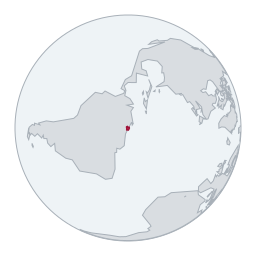 the Earth from above Barima-Waini, rotated 80°
{"feature_id": "GUY-675", "entity_name": "Barima-Waini", "entity_type": "Region", "adm_level": 1, "iso_a3": "GUY", "parent_name": "Guyana", "parent_adm1": "", "projection": "orthographic", "projection_center": [-59.909, 7.754], "detail": "medium", "context": "on_globe", "style": "filled", "palette": "rose", "viewbox_px": 256, "rotation_deg": 80, "n_neighbors": 0, "source": "natural_earth", "source_scale": "10m", "svg_char_len": 8367}
<svg xmlns="http://www.w3.org/2000/svg" viewBox="0 0 256 256"><g transform="rotate(80 128 128)"><circle cx="128" cy="128" r="113" fill="#eef3f6" stroke="#a8b0b8"/><path d="M66.3,33.8L68.2,32.7L70.3,31.4L70.7,31.0L73.0,29.7L73.6,29.3L77.5,27.3L79.1,26.6L80.9,25.8L81.1,25.6L83.1,24.7L83.9,24.4L83.4,24.7L88.2,22.6L92.2,21.7L88.6,25.1L93.1,24.7L95.3,28.8L97.4,27.7L99.6,29.1L102.8,28.5L102.3,29.8L105.3,28.2L105.1,27.2L106.4,26.3L108.3,25.9L108.0,27.4L107.0,27.8L107.9,28.0L106.9,29.0L108.5,28.3L107.9,30.3L111.3,27.9L113.1,29.2L112.0,30.7L108.5,31.0L97.1,36.6L94.9,38.8L95.2,41.3L103.5,44.4L102.5,47.0L103.9,50.0L106.1,48.1L105.8,45.2L110.2,42.9L109.4,40.0L111.1,38.8L111.7,35.9L115.5,35.9L118.8,37.6L118.5,40.1L120.0,41.1L123.5,38.5L125.9,43.5L132.9,47.6L133.1,49.2L127.8,51.9L119.9,51.9L113.0,56.8L121.4,53.4L121.8,57.9L123.5,58.7L125.8,58.4L127.2,56.7L128.1,58.4L120.2,62.1L119.2,60.6L121.8,59.3L118.0,59.5L112.7,62.7L113.3,65.0L104.6,68.3L104.9,70.2L103.2,72.1L103.3,68.8L103.0,75.0L92.9,81.9L92.4,93.4L88.6,84.4L84.7,83.3L79.8,83.3L79.6,85.2L73.4,83.6L67.2,87.4L64.0,96.5L65.3,103.6L72.3,104.2L74.8,100.2L80.2,99.6L75.4,110.2L84.7,112.0L83.2,120.1L85.8,124.4L90.6,123.5L95.6,125.6L99.4,121.0L105.4,118.5L105.3,125.1L108.8,119.1L112.0,122.3L124.2,122.2L123.2,123.7L133.4,131.5L144.8,134.8L147.4,139.6L146.0,142.6L150.0,143.4L150.1,145.3L166.3,147.9L174.8,152.4L174.6,159.1L167.7,167.0L162.0,183.0L149.7,188.4L146.9,194.6L137.9,203.5L130.4,202.9L132.9,207.2L129.0,209.7L124.3,209.8L123.8,212.7L120.3,212.7L122.9,214.7L117.9,218.2L120.0,221.2L116.6,223.9L118.1,225.6L116.6,225.5L115.1,226.0L115.2,226.9L110.1,225.2L107.9,221.5L109.1,219.6L107.0,219.2L109.6,214.2L107.6,215.2L106.8,207.2L109.0,200.4L109.1,179.8L106.5,175.5L97.8,170.4L87.2,154.0L89.8,147.5L87.6,144.2L94.7,135.0L93.1,126.1L90.6,124.8L88.0,128.0L79.8,122.2L77.2,115.4L54.3,103.4L52.4,99.9L53.1,94.5L49.7,76.6L49.2,93.1L47.1,89.7L46.2,83.8L47.7,82.4L48.5,74.0L47.1,70.7L50.5,60.8L60.1,49.1L59.9,51.0L62.2,48.3L62.6,46.0L62.3,45.1L70.8,35.4L73.3,30.9L70.3,31.9L73.9,30.0L65.7,34.2L65.2,34.5L66.3,33.8ZM91.4,97.3L102.0,103.1L95.5,103.7L96.8,102.7L94.2,100.3L89.2,98.1L83.7,99.2L91.4,97.3ZM97.0,91.0L95.1,90.5L97.0,90.5L97.0,91.0ZM61.7,45.1L62.3,46.1L61.2,48.9L60.4,48.1L61.7,45.1ZM64.3,40.4L65.3,40.3L62.6,42.8L62.9,42.1L64.3,40.4ZM67.6,33.2L67.7,33.5L66.8,33.7L67.6,33.2ZM109.5,36.1L110.6,36.0L109.9,36.6L109.5,36.1ZM108.8,35.1L107.3,35.8L106.7,35.5L107.7,35.0L108.8,35.1ZM110.8,34.2L105.9,34.7L105.0,34.1L107.7,31.9L110.8,34.2ZM104.3,27.1L104.5,28.1L102.6,27.6L104.3,27.1ZM102.7,27.0L94.9,27.4L95.5,26.0L98.0,26.0L97.3,24.6L101.4,23.6L102.7,24.2L101.5,25.2L104.0,24.1L102.7,27.0ZM106.8,25.9L105.1,26.0L105.5,24.7L108.8,24.2L107.6,24.8L106.8,25.9ZM95.1,24.8L96.0,23.9L99.5,22.8L100.4,22.3L101.6,23.4L95.1,24.8ZM108.5,24.9L110.5,24.1L112.1,24.4L108.4,25.7L108.5,24.9ZM104.2,24.6L104.5,24.0L105.4,24.1L104.2,24.6ZM118.6,25.7L116.7,25.6L116.7,24.9L118.6,25.7ZM111.2,23.7L110.6,23.6L110.4,23.4L112.0,23.0L111.2,23.7ZM104.0,22.7L105.3,22.5L103.7,22.1L106.3,21.5L106.6,22.5L107.6,21.8L108.4,21.6L107.8,22.6L104.0,22.7ZM113.0,21.9L114.3,23.2L117.9,23.3L118.0,23.9L112.2,23.6L113.0,21.9ZM110.0,22.2L111.9,22.1L111.0,22.8L109.2,23.3L110.0,22.2ZM108.0,20.8L103.9,21.5L103.9,21.3L108.0,20.8ZM114.2,21.8L113.9,21.5L114.6,21.7L114.2,21.8ZM110.1,20.9L108.6,21.1L108.7,20.9L110.1,20.9ZM114.4,20.8L114.8,21.1L113.6,21.4L114.4,20.8ZM112.6,20.7L113.1,20.3L112.9,21.3L111.9,20.8L112.6,20.7ZM110.4,20.6L110.0,20.5L111.0,20.5L110.4,20.6ZM118.8,19.6L118.9,20.8L116.2,21.4L116.5,20.1L118.8,19.6ZM118.9,228.6L110.7,225.8L115.2,227.1L117.6,225.8L122.2,227.8L118.9,228.6ZM126.4,225.2L129.7,224.4L130.6,224.9L128.6,225.5L126.4,225.2ZM217.9,60.1L218.3,61.9L214.8,57.9L211.5,52.6L211.2,52.1L217.9,60.1ZM207.4,48.1L206.8,47.5L204.5,45.3L207.4,48.1ZM203.8,44.7L205.6,46.5L207.0,47.8L208.4,49.2L207.1,48.2L206.0,47.0L205.4,46.8L210.9,53.0L212.9,55.0L213.2,57.4L216.7,61.1L217.9,63.4L212.5,58.0L210.7,55.8L203.2,51.2L205.2,53.6L212.3,58.3L211.5,58.2L214.1,62.2L211.4,59.1L203.1,53.9L201.3,56.8L204.4,67.8L202.3,69.6L198.0,68.7L191.6,58.9L197.1,56.1L194.9,53.2L189.2,49.9L191.3,49.5L189.7,48.0L191.3,47.0L189.1,42.7L190.1,41.6L184.9,37.3L184.7,36.3L187.8,39.1L190.5,40.6L192.4,38.8L191.5,37.7L188.0,35.2L189.0,35.2L185.3,33.1L184.3,31.4L182.4,31.8L178.2,29.4L175.2,27.3L173.5,26.7L178.4,30.3L180.6,31.7L183.1,32.7L188.9,37.4L189.2,38.7L181.9,34.5L181.5,36.0L175.9,32.5L166.2,24.2L164.3,22.5L170.4,23.8L173.3,25.1L172.6,25.2L177.3,27.0L175.0,25.9L175.8,26.2L172.0,24.4L172.4,24.5L168.0,22.8L170.8,23.8L168.3,22.8L176.0,26.1L183.5,30.0L190.6,34.4L197.4,39.3L203.8,44.7ZM226.5,73.4L227.6,75.3L225.6,71.9L228.1,76.3L231.5,83.6L234.4,91.1L236.8,98.9L238.6,106.7L239.9,114.7L240.5,122.8L240.6,130.9L240.1,138.9L239.0,146.9L237.4,154.9L235.2,162.6L232.4,170.2L229.1,177.6L225.3,184.7L221.0,191.6L219.3,193.2L221.8,189.2L224.9,182.3L230.4,164.6L233.6,155.5L234.6,149.0L232.9,135.7L233.5,127.3L232.4,124.3L230.5,125.9L228.8,122.4L227.4,122.8L216.4,128.9L211.4,124.7L201.3,110.5L202.1,103.7L199.2,96.7L201.9,70.0L205.9,70.3L211.8,64.5L213.2,64.9L216.1,70.2L223.5,74.3L221.6,69.4L224.7,71.0L224.4,69.7L219.2,61.9L226.5,73.4ZM204.9,82.5L205.8,84.6L204.9,82.5ZM124.6,122.1L126.0,123.4L124.0,123.4L124.6,122.1ZM94.4,106.4L96.8,106.6L97.9,107.6L96.1,107.9L94.4,106.4ZM114.6,106.8L117.4,107.5L114.4,108.0L114.6,106.8ZM103.7,103.9L112.4,106.6L106.6,108.5L101.1,106.8L105.0,106.3L103.7,103.9ZM95.5,94.7L96.9,95.2L96.4,96.4L95.5,94.7ZM98.4,91.0L97.8,91.1L97.2,90.1L98.4,91.0ZM122.3,57.6L122.9,57.4L125.2,57.6L123.9,58.3L122.3,57.6ZM136.0,54.4L137.2,57.2L135.5,55.5L134.1,56.9L128.6,55.4L132.9,49.9L131.9,52.5L136.0,54.4ZM122.6,52.3L125.6,53.6L122.2,52.4L122.6,52.3ZM179.0,41.7L181.0,42.2L182.6,44.1L181.3,46.3L179.0,43.6L179.0,41.7ZM183.5,42.6L176.6,38.3L177.1,37.0L178.0,38.4L179.0,38.0L180.7,40.2L188.0,43.5L189.8,45.5L186.5,48.0L186.6,46.0L184.6,45.5L183.5,42.6ZM158.0,32.5L155.1,31.5L160.0,29.9L162.3,31.2L161.1,33.2L157.9,33.0L158.0,32.5ZM116.6,30.6L115.1,30.8L115.2,30.4L116.5,29.7L116.6,30.6ZM117.7,25.7L123.1,29.0L121.7,29.4L126.5,31.3L124.7,33.3L121.6,31.9L123.8,35.0L120.3,34.5L122.2,36.6L115.6,33.4L112.5,33.4L116.6,32.6L118.4,30.8L118.2,30.0L115.5,27.9L109.8,27.3L110.7,25.7L112.8,24.8L114.3,24.6L113.3,25.6L116.0,24.8L115.7,26.2L117.7,25.7ZM137.0,18.8L135.2,19.2L140.6,19.2L140.3,20.0L141.0,20.0L142.2,20.8L144.8,21.8L144.1,22.2L145.4,22.5L146.3,23.1L147.8,23.7L147.2,24.6L149.0,25.4L147.7,25.4L151.0,26.6L148.2,26.2L149.1,27.3L151.3,27.1L144.1,32.4L143.2,35.5L144.0,38.5L139.1,37.8L135.2,34.7L132.5,31.0L134.1,28.3L131.6,28.7L131.6,27.6L133.6,27.7L130.5,26.8L131.0,26.0L128.7,23.7L123.9,23.3L123.0,22.6L125.1,22.4L122.6,21.9L125.9,21.1L125.3,20.6L127.9,19.6L132.3,19.7L131.3,19.2L133.2,18.6L137.0,18.8ZM119.7,19.3L125.0,18.9L127.5,19.3L121.9,21.0L122.0,21.5L118.5,23.0L115.0,22.6L116.3,22.2L116.8,21.7L117.7,22.0L117.3,21.4L119.1,20.9L119.3,20.3L121.0,20.3L119.7,19.3ZM212.5,62.7L213.1,62.6L213.6,61.9L215.3,64.6L212.5,62.7ZM206.9,59.1L207.2,58.5L209.8,61.6L209.2,61.9L206.9,59.1ZM205.0,55.8L207.0,58.3L205.5,57.1L205.0,55.8ZM187.8,38.5L187.8,37.9L188.7,38.5L189.8,39.5L187.8,38.5ZM153.0,20.1L151.6,20.0L151.1,19.8L147.1,19.1L147.0,18.7L149.3,18.9L153.0,20.1ZM219.2,62.0L220.6,64.0L220.1,63.3L219.7,62.8L219.2,62.0ZM218.9,64.2L220.0,64.8L219.3,65.0L218.9,64.2ZM152.3,19.5L150.6,19.2L151.6,19.2L152.3,19.5ZM146.7,18.3L147.4,18.2L146.5,18.5L146.7,18.3ZM154.0,18.4L154.8,18.6L158.8,19.7L160.7,20.2L160.4,20.1L154.2,18.5L151.2,17.8L154.0,18.4ZM144.9,17.0L146.6,17.3L145.8,17.3L144.9,17.0Z" fill="#d9dde1" stroke="#a8b0b8" stroke-width="1"/><path d="M127.6,127.4L127.7,127.5L127.8,127.4L127.8,127.2L128.1,127.1L128.1,126.8L127.9,126.6L127.8,126.4L127.9,126.5L128.0,126.6L128.1,126.8L128.3,126.8L128.5,127.0L128.8,127.1L128.9,127.3L128.9,127.2L128.7,127.1L128.4,126.9L128.2,126.7L128.3,126.7L128.4,126.8L128.5,126.8L128.7,127.0L128.9,127.0L129.1,127.2L129.4,127.4L129.6,127.5L130.0,127.9L130.1,128.0L130.1,128.3L129.7,128.5L129.6,128.8L129.4,129.3L129.5,129.5L129.4,129.5L129.3,129.4L129.2,129.4L129.2,129.5L128.9,129.5L128.6,129.3L128.4,129.3L128.2,129.1L127.9,129.3L127.7,129.3L127.4,129.3L127.4,129.2L127.2,129.2L126.9,129.1L126.6,129.1L126.6,128.9L126.6,128.7L126.4,128.5L126.4,128.4L126.5,128.4L126.6,128.2L126.8,127.9L127.0,127.9L127.2,127.7L127.3,127.7L127.5,127.6L127.6,127.4Z" fill="#f43f5e" stroke="#9f1239" stroke-width="1.5"/></g></svg>